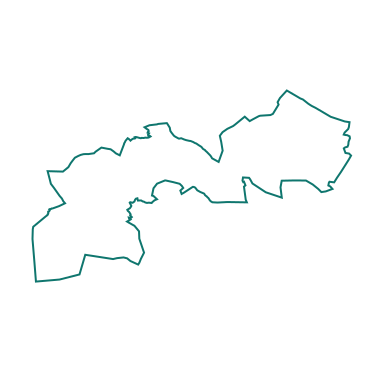 outline of Kware, Sokoto, Nigeria, rotated 101°
{"feature_id": "59680162B33139882700556", "entity_name": "Kware", "entity_type": "district", "adm_level": 2, "iso_a3": "NGA", "parent_name": "Nigeria", "parent_adm1": "Sokoto", "projection": "equal_earth", "projection_center": [5.32, 13.155], "detail": "fine", "context": "isolated", "style": "outline", "palette": "teal", "viewbox_px": 384, "rotation_deg": 101, "n_neighbors": 0, "source": "geoboundaries", "source_scale": "gbopen_adm2", "svg_char_len": 4018}
<svg xmlns="http://www.w3.org/2000/svg" viewBox="0 0 384 384"><g transform="rotate(101 192 192)"><path d="M309.7,328.1L305.6,313.7L303.2,305.3L294.4,286.7L274.0,284.8L272.9,256.7L271.2,252.9L269.3,246.7L269.5,243.0L271.5,239.3L273.5,231.0L271.5,230.2L267.4,229.4L260.7,227.5L247.9,234.8L240.7,236.5L236.2,242.0L234.0,248.5L233.4,250.1L232.0,248.5L230.6,247.0L230.1,247.7L230.0,248.7L229.1,249.2L228.9,246.9L228.1,246.3L226.6,248.3L225.6,248.0L223.6,249.9L222.7,251.5L221.8,252.1L219.8,249.9L217.8,249.0L217.2,248.9L214.4,251.1L213.8,250.7L213.9,248.2L212.3,246.7L210.5,246.4L209.3,245.8L208.6,244.4L210.7,243.5L210.0,240.3L210.7,238.5L210.6,237.6L211.2,235.9L211.3,234.1L210.7,232.3L210.6,231.0L210.5,229.5L209.9,229.3L207.5,227.4L206.8,226.5L205.8,225.0L203.3,229.0L203.1,230.6L195.7,230.5L190.5,227.9L185.8,220.7L185.7,220.0L185.9,212.3L186.3,205.7L187.9,203.2L189.7,201.4L192.8,203.7L195.9,201.8L194.2,199.8L186.8,192.2L186.7,191.2L187.0,189.9L187.4,189.3L188.2,188.4L189.3,187.2L190.4,183.9L191.2,180.1L191.4,179.6L192.4,178.8L192.7,178.4L193.1,177.7L193.4,177.0L193.6,176.6L194.3,175.8L194.7,174.9L195.7,173.9L196.5,173.2L197.3,172.2L197.4,171.9L197.7,171.5L197.8,171.1L197.9,170.8L198.2,170.1L197.5,165.0L195.1,155.3L191.7,136.2L189.3,137.8L187.5,138.4L176.8,142.0L175.3,140.8L172.0,142.9L172.5,143.6L171.9,144.1L171.2,144.6L168.0,144.7L167.2,138.7L168.5,137.3L172.1,134.3L178.2,119.5L180.4,102.8L170.6,106.0L163.8,106.1L161.1,93.6L159.0,82.3L161.6,74.9L164.9,68.7L167.4,65.0L165.9,60.8L162.2,54.7L160.2,57.3L159.6,59.4L156.7,59.4L155.7,59.0L155.4,54.3L150.4,52.4L143.9,49.6L130.6,44.4L127.7,43.4L125.9,42.8L124.3,45.2L124.4,48.8L120.2,51.3L119.0,50.2L117.9,48.0L115.8,47.6L112.8,47.9L109.1,47.2L107.3,47.9L106.6,50.5L106.8,52.4L106.7,54.0L104.5,53.5L100.4,50.7L98.3,50.4L93.4,50.7L93.6,55.5L91.7,70.2L85.8,86.9L84.7,90.8L84.2,92.1L83.7,93.4L83.5,93.8L83.2,94.6L80.0,100.8L79.5,103.5L77.9,108.0L76.6,111.7L74.3,118.3L83.0,123.6L87.5,125.1L89.7,123.7L99.9,127.5L101.5,129.7L103.2,136.2L104.1,139.6L104.8,140.9L109.1,146.2L111.4,148.9L108.0,154.6L117.5,162.5L119.4,164.2L123.2,169.3L127.4,173.4L131.5,175.4L137.2,172.9L145.6,169.8L157.4,171.6L155.1,178.7L153.5,180.1L152.6,181.1L149.7,185.3L149.0,186.6L148.4,187.2L147.6,189.4L145.9,191.4L144.7,194.5L143.6,197.0L143.4,198.4L143.2,199.0L142.7,200.4L142.2,203.1L142.3,204.4L142.2,207.7L141.9,210.0L141.6,211.3L141.3,212.9L141.8,214.1L142.1,214.9L142.0,215.6L141.4,217.4L140.9,219.0L140.2,220.5L137.6,223.5L136.2,224.9L133.1,226.1L130.2,228.8L129.2,229.8L131.6,238.1L132.3,239.3L134.6,246.5L137.5,250.9L138.6,248.8L139.4,246.7L140.5,246.1L141.5,246.8L142.3,246.9L142.6,245.3L143.5,245.6L144.2,246.1L145.0,245.7L145.2,244.9L145.0,244.0L145.4,243.3L146.8,244.9L147.3,246.4L147.5,247.6L147.5,248.2L148.2,249.7L148.5,251.8L148.9,252.3L149.0,252.6L148.9,254.6L148.7,256.9L148.8,258.0L149.2,258.8L149.7,258.5L149.9,257.9L150.2,258.1L150.4,258.3L150.6,259.2L151.1,260.3L151.8,261.0L152.2,261.3L153.3,262.2L153.2,262.3L152.4,263.5L151.9,264.4L151.5,265.4L154.4,267.0L156.0,267.4L157.3,267.9L157.8,267.8L169.8,269.9L168.6,274.1L167.1,276.7L166.3,278.5L165.6,280.0L165.7,283.4L165.7,289.4L170.8,294.3L172.7,295.6L174.6,301.1L175.2,304.3L175.6,305.8L176.8,308.3L178.3,310.5L180.7,313.5L183.4,314.9L186.9,316.6L191.2,318.1L196.6,322.6L199.1,337.7L206.4,334.2L210.9,332.1L214.3,328.3L221.1,321.2L223.2,318.5L225.7,316.5L227.3,314.5L231.3,319.9L234.8,325.8L234.9,326.2L235.0,326.4L235.0,326.7L235.2,326.9L235.6,327.2L235.7,327.6L235.8,328.0L236.0,328.3L236.0,328.5L236.3,328.8L236.4,328.7L236.6,328.5L236.5,328.4L236.8,328.1L237.0,328.1L237.3,328.2L237.4,328.3L237.9,328.4L238.1,328.6L238.4,328.8L238.5,328.9L238.6,329.1L238.6,329.3L238.8,329.4L239.0,329.5L239.3,329.4L239.6,329.2L239.9,329.0L240.2,329.0L240.3,329.0L240.5,329.1L240.8,329.1L241.0,329.1L241.3,329.4L241.6,329.4L241.9,329.5L242.0,329.4L242.3,329.6L242.4,329.8L242.7,329.9L243.0,330.1L243.7,330.8L256.4,341.2L258.9,341.2L268.6,339.6L291.3,333.2L309.7,328.1Z" fill="none" stroke="#0f766e" stroke-width="2"/></g></svg>